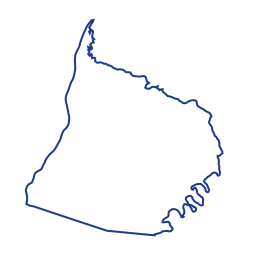 outline of Matias Cardoso, Minas Gerais, Brazil, rotated 5°
{"feature_id": "56859067B84292172755302", "entity_name": "Matias Cardoso", "entity_type": "district", "adm_level": 2, "iso_a3": "BRA", "parent_name": "Brazil", "parent_adm1": "Minas Gerais", "projection": "mercator", "projection_center": [-43.736, -14.838], "detail": "fine", "context": "isolated", "style": "outline", "palette": "blue", "viewbox_px": 256, "rotation_deg": 5, "n_neighbors": 0, "source": "geoboundaries", "source_scale": "gbopen_adm2", "svg_char_len": 5194}
<svg xmlns="http://www.w3.org/2000/svg" viewBox="0 0 256 256"><g transform="rotate(5 128 128)"><path d="M145.0,81.4L144.2,80.7L142.8,80.1L141.5,76.4L140.7,75.3L139.4,74.9L133.9,75.9L131.5,75.7L128.9,75.8L127.5,75.0L126.4,74.0L125.8,72.6L124.3,72.4L121.3,72.6L120.1,71.8L118.3,70.5L114.8,70.2L112.6,70.7L111.2,70.2L108.2,69.5L106.8,68.3L105.1,67.5L103.6,67.2L102.0,66.9L100.8,66.0L98.1,66.0L96.7,65.3L94.6,65.0L92.4,65.6L91.0,65.5L89.5,64.3L89.2,61.2L88.2,60.8L86.1,61.7L85.6,60.1L85.7,58.1L84.7,57.5L83.6,59.3L82.7,58.5L81.9,57.7L82.9,55.8L82.8,54.7L81.8,54.0L84.0,53.0L81.7,52.1L81.3,50.7L83.1,51.3L85.1,51.2L84.4,49.8L83.0,48.5L84.2,46.8L85.1,45.9L86.3,45.8L85.3,43.4L86.6,42.4L85.5,41.5L84.3,41.0L84.5,37.3L84.9,35.4L84.3,34.1L83.0,33.7L82.2,35.2L81.7,37.0L80.9,35.5L82.1,32.9L80.6,31.4L81.4,29.8L82.3,27.8L83.6,25.3L84.1,23.4L82.5,23.8L81.3,25.3L80.2,27.0L79.3,28.4L78.7,29.3L78.3,30.3L77.8,31.4L77.4,32.6L77.0,33.8L76.5,35.0L76.1,36.2L75.7,37.4L75.3,38.5L74.8,40.2L74.4,41.8L74.1,42.9L73.7,44.1L73.4,45.5L73.1,46.6L72.8,47.8L72.7,49.1L72.5,50.5L71.9,52.1L71.4,53.5L70.8,54.9L70.2,56.4L69.7,58.1L69.2,59.6L69.1,61.1L69.2,63.0L69.2,64.8L69.4,66.1L69.5,67.3L69.7,68.9L70.0,70.6L70.1,72.2L70.3,73.4L70.3,74.8L70.1,75.9L70.0,77.2L69.8,78.9L69.6,80.2L69.4,81.6L69.1,83.2L68.7,84.5L67.9,86.1L67.3,87.6L66.8,89.3L66.3,91.2L65.9,92.8L65.7,94.0L65.4,95.1L64.9,96.7L64.3,98.5L63.8,100.2L63.4,102.0L63.4,104.3L63.7,106.4L64.2,108.3L64.9,110.0L65.5,112.0L65.9,113.6L66.4,115.0L66.9,116.7L67.3,118.4L67.7,119.7L68.1,120.8L68.5,122.3L68.7,125.4L68.7,127.1L68.5,128.2L68.3,129.7L67.8,131.2L67.1,132.2L66.5,133.3L65.8,134.3L64.8,135.2L64.0,136.4L63.5,137.6L62.9,139.4L62.6,141.0L62.2,142.1L62.0,143.5L61.6,145.0L61.2,146.2L60.8,147.2L60.2,148.3L59.7,149.5L59.2,150.8L58.6,152.1L58.0,153.4L57.2,155.1L56.4,156.4L55.8,157.4L55.1,158.2L53.9,159.3L52.7,160.6L51.9,161.6L51.0,163.0L50.1,164.5L49.2,166.1L48.5,167.7L48.2,169.1L47.8,170.2L47.2,171.4L46.7,172.7L46.3,174.0L45.7,175.5L45.0,176.8L43.8,177.8L42.7,178.4L41.6,179.1L40.6,180.1L39.7,180.8L39.2,181.9L38.8,183.3L38.5,184.8L38.3,186.6L37.8,188.0L37.4,189.4L36.9,190.8L35.3,191.9L33.9,192.9L33.2,193.8L32.6,194.7L32.1,196.5L31.9,198.0L31.7,199.2L31.9,200.3L32.4,201.5L32.9,202.8L33.3,204.7L33.6,206.2L33.7,207.4L33.8,209.2L33.5,210.7L33.4,212.6L34.9,213.1L35.9,213.7L39.9,214.2L41.6,214.5L79.6,223.6L109.7,230.7L116.0,232.2L139.9,232.4L150.2,232.5L151.6,232.5L164.0,232.6L164.0,231.6L169.1,229.8L170.6,228.8L171.4,227.9L172.5,227.7L174.1,227.4L175.6,227.1L176.6,227.1L177.8,227.4L178.9,227.3L179.8,226.8L180.8,225.7L181.3,224.4L179.9,222.9L178.6,221.4L177.9,219.8L177.4,218.5L176.3,218.0L175.0,218.1L173.7,218.4L172.1,218.9L170.7,218.9L170.6,217.7L171.3,216.3L172.2,215.3L173.1,214.6L174.4,213.7L175.6,212.8L176.0,211.5L175.9,210.0L175.9,208.4L176.7,207.0L178.1,205.9L179.1,205.0L180.8,204.8L182.6,204.9L184.1,205.6L185.4,206.4L186.4,207.8L187.3,209.0L188.2,210.4L188.8,211.9L190.0,212.3L191.2,211.5L190.1,210.4L190.8,209.1L191.5,208.3L191.4,207.1L191.3,205.6L190.7,204.2L190.0,202.5L190.0,200.4L190.9,199.0L192.2,198.9L193.3,199.2L194.4,199.6L195.6,199.4L194.6,198.2L193.9,196.7L192.9,195.5L191.8,194.3L191.8,192.5L192.6,191.6L193.7,190.7L195.3,190.2L196.6,190.3L198.0,191.3L198.5,192.9L199.6,194.1L200.7,195.4L201.8,196.1L203.3,196.6L204.5,197.1L205.6,198.1L206.7,198.5L207.8,198.8L209.0,198.4L209.4,197.2L209.0,195.7L209.1,194.1L209.0,192.2L208.2,190.7L206.8,190.0L205.0,188.7L203.5,187.8L202.5,186.4L202.2,184.8L201.7,183.5L201.0,182.3L199.9,181.7L198.8,182.6L198.5,183.7L197.2,183.7L196.5,182.8L196.3,181.6L197.3,180.3L198.5,179.7L199.4,179.1L200.6,178.3L202.4,177.8L203.9,177.4L205.6,177.5L207.1,178.5L208.5,179.7L209.4,180.5L210.4,181.9L210.7,183.4L211.6,184.6L213.1,185.1L213.9,184.2L214.1,182.6L213.3,180.8L212.4,179.1L211.4,177.4L209.8,176.1L208.3,174.5L209.1,172.6L210.2,171.5L211.2,170.5L212.0,169.5L213.2,168.7L214.4,167.5L215.4,166.5L216.3,165.5L217.2,165.0L218.8,164.9L220.4,165.5L220.9,166.6L221.6,167.5L223.0,167.3L223.4,166.2L223.5,164.5L223.1,162.7L222.4,161.2L222.4,159.8L222.3,158.1L221.7,156.7L221.4,155.6L221.5,154.3L221.4,152.9L221.0,151.1L219.8,149.4L219.8,147.8L221.2,147.8L222.3,147.0L223.3,145.8L224.3,144.8L223.9,143.1L222.9,141.8L222.5,140.6L221.6,139.6L220.8,138.2L220.4,136.8L220.4,135.2L219.7,133.3L219.1,131.9L218.1,131.2L217.4,130.3L216.6,129.1L215.1,128.2L214.5,126.5L213.7,125.2L212.7,123.9L212.1,122.3L211.8,121.2L211.6,119.9L210.1,118.0L208.8,116.7L208.2,115.2L209.2,110.2L210.2,109.4L209.1,107.2L207.8,105.8L204.4,104.6L203.0,103.9L201.5,102.6L200.0,102.2L198.6,101.6L195.4,99.9L194.6,98.0L193.9,95.5L192.7,94.7L190.7,94.6L189.4,94.8L186.3,96.0L184.1,97.7L181.9,98.5L180.7,98.3L178.3,96.9L176.8,96.5L175.3,94.9L172.2,94.6L169.0,93.4L166.2,92.8L164.7,92.7L161.8,90.4L159.8,89.0L158.8,87.7L159.1,86.4L157.2,86.8L155.9,87.6L155.1,86.4L153.7,85.8L153.9,83.8L151.8,85.0L150.3,84.6L148.4,85.0L145.7,87.1L143.5,87.1L141.7,86.3L142.0,84.6L142.7,83.0L143.9,82.2L145.0,81.4ZM195.6,199.4L196.8,201.0L197.9,202.2L198.5,203.2L199.0,204.3L199.8,205.4L200.9,205.7L202.1,205.0L202.9,203.7L202.9,202.4L202.1,201.4L200.7,200.9L199.7,200.4L198.5,199.5L196.8,199.3L195.6,199.4Z" fill="none" stroke="#1e3a8a" stroke-width="2"/></g></svg>